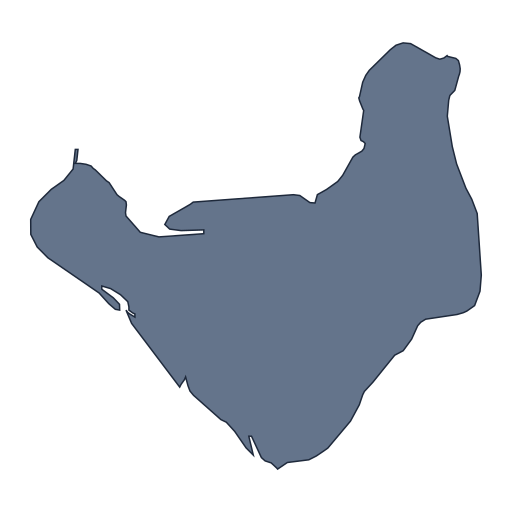 map outline of Chinandega (Natural Earth projection)
{"feature_id": "NIC-663", "entity_name": "Chinandega", "entity_type": "Department", "adm_level": 1, "iso_a3": "NIC", "parent_name": "Nicaragua", "parent_adm1": "", "projection": "natural_earth1", "projection_center": [-87.139, 12.876], "detail": "fine", "context": "isolated", "style": "filled", "palette": "slate", "viewbox_px": 512, "rotation_deg": 0, "n_neighbors": 0, "source": "natural_earth", "source_scale": "10m", "svg_char_len": 1877}
<svg xmlns="http://www.w3.org/2000/svg" viewBox="0 0 512 512"><path d="M439.8,59.2L443.9,58.0L447.1,55.6L447.6,56.4L455.8,58.4L458.4,60.6L459.6,64.9L460.2,68.8L460.0,71.8L459.3,74.6L458.8,75.8L454.8,90.4L450.2,95.1L449.8,95.7L448.7,100.3L447.3,116.2L452.3,146.6L456.6,163.9L465.9,188.2L471.8,199.3L477.2,213.5L481.3,275.2L480.0,291.2L474.6,305.6L466.8,311.1L463.3,312.7L457.1,314.5L425.6,319.2L420.8,322.2L417.7,325.7L411.6,339.2L403.2,350.7L394.7,355.2L384.0,368.4L372.9,382.2L364.4,391.4L362.7,394.8L359.3,404.8L350.5,421.1L327.8,448.1L323.7,451.0L316.3,456.0L308.8,459.8L287.3,462.5L277.6,469.1L276.8,468.1L271.2,462.9L265.1,460.9L261.4,457.6L251.5,436.2L248.8,436.2L253.3,455.1L246.1,447.9L234.7,431.4L226.3,422.2L220.9,419.6L193.6,395.4L190.0,391.1L188.0,385.8L185.6,376.9L184.4,379.7L181.0,384.5L179.7,387.1L131.6,323.4L126.0,310.1L127.8,312.5L129.6,313.9L134.9,317.1L134.9,313.9L132.8,313.0L128.9,310.1L128.9,306.9L127.8,301.7L120.5,294.7L110.6,288.6L101.8,286.0L101.8,289.2L113.4,297.9L119.5,304.3L119.7,310.1L115.3,309.3L108.8,303.7L99.1,293.0L47.9,257.8L37.2,247.0L30.8,234.4L30.7,219.4L38.9,201.7L51.3,189.3L63.9,180.4L73.1,169.0L75.3,149.4L78.0,149.4L76.8,160.4L75.3,163.4L80.2,163.4L86.1,164.3L91.1,166.0L93.2,168.4L95.3,169.9L106.4,180.8L109.1,182.6L117.0,194.7L119.0,196.4L124.6,200.3L126.0,201.7L126.4,205.0L125.5,212.7L126.0,216.0L140.3,232.3L158.9,236.9L203.8,233.7L203.8,229.9L181.1,230.6L169.7,229.1L164.8,224.5L169.2,216.4L190.3,204.3L193.2,202.1L293.4,194.7L299.8,195.5L309.9,202.6L315.0,203.0L317.4,194.6L326.5,189.5L337.7,181.5L342.7,175.3L352.9,157.1L355.4,154.8L361.8,151.2L364.0,148.5L365.2,143.5L363.5,141.7L361.0,140.5L359.9,137.2L363.7,110.4L362.9,109.1L359.6,100.9L358.8,97.9L359.5,96.6L362.7,82.2L365.8,75.3L369.3,70.3L390.3,49.7L396.0,45.2L403.1,42.9L410.6,43.6L435.7,57.8L439.8,59.2Z" fill="#64748b" stroke="#1e293b" stroke-width="1.5"/></svg>